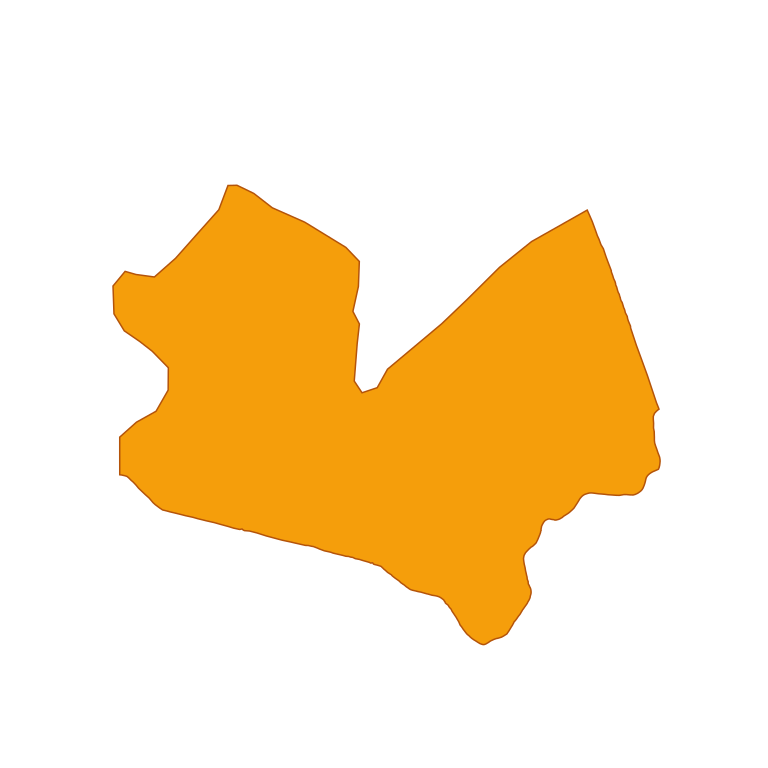 Paso Carrasco, Canelones, Uruguay, rotated 286°
{"feature_id": "84410073B40215071116328", "entity_name": "Paso Carrasco", "entity_type": "district", "adm_level": 2, "iso_a3": "URY", "parent_name": "Uruguay", "parent_adm1": "Canelones", "projection": "mercator", "projection_center": [-56.043, -34.847], "detail": "fine", "context": "isolated", "style": "filled", "palette": "amber", "viewbox_px": 768, "rotation_deg": 286, "n_neighbors": 0, "source": "geoboundaries", "source_scale": "gbopen_adm2", "svg_char_len": 5474}
<svg xmlns="http://www.w3.org/2000/svg" viewBox="0 0 768 768"><g transform="rotate(286 384 384)"><path d="M223.9,155.0L224.2,156.9L224.4,160.5L224.3,162.5L223.4,164.5L221.8,167.3L220.6,169.9L218.6,173.3L216.2,176.8L211.9,185.0L209.7,189.6L206.3,194.7L205.0,197.3L202.9,202.8L201.9,205.9L202.0,207.8L202.1,211.0L202.1,213.5L202.3,217.4L202.6,225.1L202.7,229.3L203.2,237.2L203.2,242.3L203.4,247.1L203.5,250.5L204.0,259.2L204.0,265.0L204.1,273.9L204.0,279.3L204.4,285.4L205.5,287.5L204.8,289.0L204.6,290.3L205.6,295.2L205.8,303.0L205.5,312.8L205.6,318.0L205.7,324.9L205.8,329.4L206.4,338.1L206.6,342.4L206.8,345.7L207.2,353.0L207.9,355.7L208.0,358.0L208.1,359.7L208.3,360.7L207.9,365.5L207.6,367.3L207.4,370.1L207.2,372.6L207.5,377.3L207.6,379.4L207.4,381.6L207.5,383.9L207.9,391.7L207.9,394.8L208.5,397.6L208.4,399.4L208.7,401.8L208.2,404.5L208.6,408.7L208.5,412.0L208.5,414.6L208.5,418.9L208.2,420.7L208.5,421.3L208.9,422.0L208.7,422.8L208.0,423.5L207.9,424.7L208.0,427.0L208.0,428.7L207.9,431.4L207.1,432.9L206.5,434.1L206.0,434.9L205.3,436.6L204.6,438.0L203.9,439.4L203.3,441.4L202.9,442.7L202.6,443.8L202.0,444.5L201.5,445.6L200.8,447.3L200.4,448.3L199.9,449.8L199.2,451.8L198.7,453.1L198.0,454.3L197.5,455.3L197.2,456.4L196.8,457.4L196.4,458.8L195.2,461.4L194.6,463.3L194.1,464.6L193.7,466.1L193.6,468.4L193.7,469.9L193.8,471.9L193.8,473.5L193.9,474.9L194.1,476.8L194.1,479.0L194.1,480.6L194.1,482.9L194.2,484.1L194.2,485.7L194.2,487.1L194.2,488.4L194.3,489.2L194.6,491.6L194.7,493.0L194.7,494.1L194.6,495.9L194.1,497.8L193.3,499.9L192.9,500.9L192.0,501.8L191.4,502.7L190.7,503.1L190.5,503.3L189.9,504.4L189.4,505.9L188.8,506.9L188.0,507.7L187.3,508.5L186.7,509.5L186.1,510.5L185.2,511.3L184.3,512.1L182.8,513.9L181.6,515.3L179.5,517.8L178.0,519.3L177.2,520.2L175.8,521.6L174.3,522.8L173.1,523.8L172.7,524.4L172.3,525.1L170.9,526.8L170.0,527.8L169.3,528.8L168.1,530.4L167.0,531.9L166.3,533.0L165.7,534.4L165.2,535.6L164.6,536.5L164.1,537.6L163.6,538.7L163.5,539.1L162.9,540.7L162.5,542.3L161.9,544.3L161.4,546.0L160.9,547.9L160.8,549.3L160.8,550.9L161.1,552.0L161.9,553.2L162.6,554.0L163.3,554.6L164.0,555.3L164.9,556.1L165.6,556.6L166.5,557.4L167.7,558.8L169.0,560.3L169.6,561.2L170.2,562.0L170.9,563.4L171.7,564.7L172.5,565.9L173.1,566.8L174.0,567.7L174.9,568.6L175.7,569.3L176.6,570.1L177.0,570.5L178.0,571.2L179.1,571.4L180.0,571.8L181.0,572.1L182.5,572.5L183.8,572.9L185.1,573.2L186.1,573.5L187.3,573.9L188.5,574.1L189.5,574.4L190.8,574.5L191.7,574.9L192.5,575.3L193.7,575.8L195.0,576.3L196.6,576.8L198.0,577.3L199.4,577.9L200.7,578.4L202.1,578.7L203.5,579.1L204.9,579.4L206.4,580.0L207.9,580.5L209.6,581.1L211.2,581.7L212.9,582.2L214.3,582.4L215.9,582.9L217.2,583.1L218.8,583.3L220.4,583.1L221.8,583.1L222.9,583.1L224.0,582.9L225.3,582.5L226.5,582.0L227.4,581.5L228.4,580.8L229.3,579.9L230.5,579.0L231.5,577.9L232.9,577.3L233.5,577.2L235.0,576.2L235.7,575.6L236.6,575.2L237.9,574.7L239.2,573.9L241.3,572.8L243.4,571.6L244.9,570.9L246.4,570.2L248.0,569.3L249.4,568.5L250.9,567.8L252.2,567.2L253.4,566.7L254.7,566.2L256.4,566.0L257.9,565.9L259.2,566.2L260.7,566.5L262.2,567.2L263.7,568.0L265.4,568.9L266.5,569.6L267.3,570.1L267.8,570.4L268.9,571.5L270.1,572.3L271.5,573.1L272.5,573.7L273.5,574.1L274.9,574.3L276.4,574.6L277.9,574.8L279.8,575.0L281.6,575.2L283.0,575.3L284.3,575.4L285.5,575.2L286.4,575.4L288.0,574.9L289.2,574.9L290.2,574.7L291.5,574.8L293.1,575.1L294.4,575.4L295.4,575.7L297.0,576.4L298.3,577.6L299.5,579.1L300.0,580.5L300.0,581.9L300.2,583.5L300.4,584.5L300.3,585.8L300.7,587.0L301.3,588.0L302.0,589.2L302.9,590.3L303.8,591.1L304.8,592.1L306.4,593.1L310.1,596.4L311.5,597.5L313.4,598.7L315.0,599.7L317.0,600.8L319.0,601.4L322.2,602.4L325.7,603.4L327.4,603.8L329.1,604.5L330.7,605.3L332.1,606.3L333.3,607.5L334.6,609.4L335.7,611.2L336.4,613.1L336.8,615.1L337.6,620.5L338.3,623.9L338.8,626.5L339.3,629.8L340.0,633.0L341.0,637.8L341.8,640.9L342.8,643.0L343.8,645.0L344.5,647.3L345.2,651.0L346.0,654.1L347.1,655.9L348.9,658.0L350.5,659.3L352.0,660.4L353.6,661.2L355.4,661.7L358.2,662.0L360.1,662.1L362.1,662.1L363.6,662.0L365.2,661.9L366.5,662.0L368.0,662.4L369.7,663.2L371.2,664.2L372.7,665.5L373.8,666.6L375.1,668.2L376.6,670.0L377.7,671.3L379.7,671.5L381.8,671.4L383.8,671.1L385.9,670.7L387.6,670.1L389.7,669.1L391.3,667.9L393.7,666.1L396.5,664.2L399.1,662.3L401.8,660.5L404.2,659.5L407.3,658.6L412.6,656.9L416.0,655.2L420.5,654.0L424.6,652.5L427.1,651.8L430.3,652.1L432.8,653.3L434.9,654.7L435.6,655.3L436.7,654.5L441.2,651.0L464.7,634.9L480.0,623.8L490.8,615.9L505.9,605.6L507.6,605.0L509.2,603.7L511.8,601.6L513.9,600.2L516.0,599.2L519.1,596.3L521.3,595.1L522.3,594.4L523.4,593.4L524.7,592.6L527.2,591.0L528.2,590.3L529.2,589.1L530.7,588.0L532.3,587.2L533.3,586.4L535.1,585.4L536.5,584.0L538.2,582.8L541.4,580.9L543.0,579.5L544.6,578.8L546.2,577.8L548.6,575.7L551.5,573.8L554.5,571.6L555.5,571.3L556.6,570.5L563.1,565.6L567.6,562.3L570.8,560.1L574.5,557.6L577.8,554.1L582.5,550.7L585.4,548.2L590.2,544.8L597.6,539.4L602.8,535.1L607.2,531.4L561.6,486.6L528.0,462.9L487.4,440.2L457.7,422.8L399.2,383.3L378.6,378.5L369.5,365.3L378.6,354.6L415.4,347.1L434.9,343.8L445.2,334.1L470.7,332.5L495.0,326.5L504.8,309.7L517.7,263.2L522.6,228.0L531.3,206.3L534.5,187.9L531.8,179.3L506.0,177.2L476.6,163.0L447.4,149.0L423.6,133.8L420.9,115.4L420.9,104.1L403.5,96.5L377.0,105.1L363.5,119.7L357.5,137.6L351.6,152.2L340.2,172.2L318.6,178.2L295.0,172.4L279.1,156.6L260.1,144.6L243.7,149.3L223.9,155.0Z" fill="#f59e0b" stroke="#b45309" stroke-width="1.5"/></g></svg>